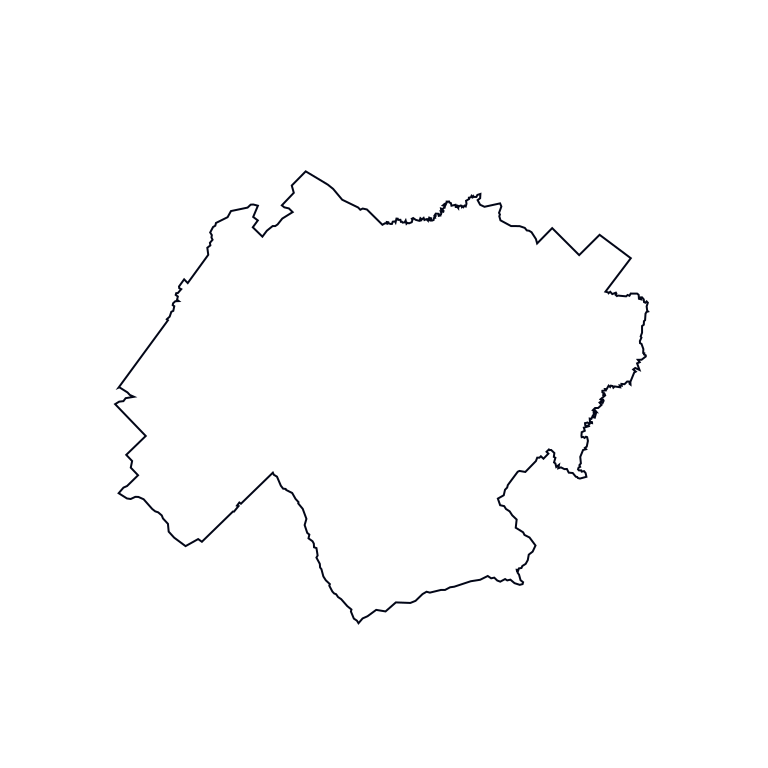 Southern Grampians, Victoria, Australia, rotated 127°
{"feature_id": "25037944B54836880156068", "entity_name": "Southern Grampians", "entity_type": "district", "adm_level": 2, "iso_a3": "AUS", "parent_name": "Australia", "parent_adm1": "Victoria", "projection": "natural_earth1", "projection_center": [141.808, -37.53], "detail": "fine", "context": "isolated", "style": "outline", "palette": "ink", "viewbox_px": 768, "rotation_deg": 127, "n_neighbors": 0, "source": "geoboundaries", "source_scale": "gbopen_adm2", "svg_char_len": 6154}
<svg xmlns="http://www.w3.org/2000/svg" viewBox="0 0 768 768"><g transform="rotate(127 384 384)"><path d="M590.4,260.4L584.1,260.0L579.4,257.4L569.1,254.3L564.7,245.9L551.3,243.1L543.0,231.2L538.2,228.3L528.6,226.8L524.3,225.0L523.0,221.8L514.1,214.5L511.7,211.3L506.6,208.9L503.6,205.9L489.3,196.0L482.5,189.4L474.9,185.6L474.7,181.5L472.3,179.4L472.8,175.3L471.9,172.2L466.9,169.9L466.7,167.4L464.2,165.3L464.5,159.9L462.7,154.7L460.4,152.9L458.6,153.6L458.5,156.9L455.0,161.4L454.3,163.8L452.6,164.5L453.3,165.3L452.5,166.2L451.6,164.8L450.1,165.3L448.2,163.5L446.1,164.0L442.4,162.6L438.1,163.2L433.1,165.7L428.4,164.4L421.8,165.8L419.0,175.4L420.0,181.0L418.7,183.6L419.5,192.3L412.4,196.5L411.7,202.6L410.1,207.0L410.4,211.4L409.2,214.5L410.9,218.3L407.0,224.1L400.8,221.4L395.6,223.7L392.6,223.3L390.2,224.3L373.6,224.4L371.9,223.5L369.2,218.2L354.1,216.3L350.6,217.3L349.3,215.5L347.3,215.2L347.7,211.7L340.7,210.8L340.3,213.4L337.1,212.9L337.3,212.2L336.1,210.8L336.6,206.4L340.0,204.5L339.8,202.7L344.3,201.0L344.3,199.3L346.6,196.5L343.3,195.6L346.4,194.1L344.1,192.5L343.4,188.7L341.8,186.8L343.6,183.1L341.5,179.7L342.6,175.0L342.0,173.7L342.4,172.6L341.6,170.6L336.3,166.5L333.8,169.4L333.2,171.8L335.0,173.4L334.3,174.5L335.7,176.3L335.4,177.7L333.6,178.3L332.1,177.5L331.2,179.1L328.9,179.0L324.1,183.4L316.9,185.3L314.5,183.4L314.1,185.1L312.0,184.4L306.7,186.9L304.2,189.8L304.6,191.0L306.4,191.4L306.4,193.1L307.5,194.1L306.6,195.1L303.5,197.1L300.5,195.5L298.6,198.1L294.5,195.1L294.3,196.0L295.6,196.8L295.8,198.5L294.3,199.9L292.2,198.2L292.3,195.8L290.9,196.2L290.0,194.3L289.3,194.9L290.0,196.9L287.8,198.9L287.0,197.4L283.6,198.2L283.4,197.3L284.4,196.4L284.0,195.4L280.0,197.0L281.7,198.3L280.4,199.6L279.7,199.7L278.5,197.4L278.0,199.5L279.1,200.0L279.3,201.4L276.2,201.0L274.2,198.5L269.8,197.7L269.1,200.7L267.4,200.1L267.5,198.0L265.2,198.5L264.7,199.4L266.0,200.5L266.0,201.9L260.0,200.5L259.3,201.7L260.7,201.5L260.9,202.3L259.2,202.9L259.2,204.6L258.0,205.5L255.7,203.1L255.0,204.4L254.1,203.1L250.1,203.6L250.3,201.6L248.8,201.8L248.0,200.1L248.9,198.6L247.1,198.3L244.5,193.4L243.3,195.0L242.3,193.1L241.0,194.4L239.4,191.8L235.7,191.3L234.4,189.5L236.1,187.9L236.1,186.8L234.1,188.5L224.2,191.1L222.6,190.4L222.4,193.7L220.0,193.0L219.0,188.4L215.2,194.3L212.7,192.9L211.9,195.8L209.6,192.9L204.5,191.5L203.6,192.2L203.9,194.1L202.8,194.6L203.2,195.7L200.0,197.9L197.0,202.5L197.3,204.1L195.7,205.5L192.0,206.3L191.6,207.6L187.7,208.8L182.4,212.8L180.3,212.2L177.4,214.2L175.9,213.9L170.4,217.5L168.4,217.7L167.2,216.8L167.0,218.0L163.9,221.0L160.3,222.2L160.0,224.0L161.8,224.2L162.1,225.6L160.1,227.5L159.5,230.1L160.6,231.4L161.7,229.7L162.5,231.7L159.6,234.2L159.4,236.1L163.3,241.4L165.8,241.1L166.3,243.0L168.3,243.4L172.6,250.4L173.6,250.9L173.4,252.7L171.9,252.9L171.5,253.8L174.8,255.8L174.2,258.8L176.3,259.3L175.9,260.0L177.0,262.7L135.0,262.6L135.1,301.6L163.6,305.7L158.3,343.5L179.6,346.3L176.8,349.9L174.0,357.5L174.3,360.4L175.4,362.4L174.6,365.5L176.3,370.7L181.4,377.6L183.2,389.5L180.6,392.9L178.9,393.4L178.1,395.1L171.6,397.1L169.9,400.0L182.0,410.4L183.0,415.1L180.8,419.9L177.8,419.0L174.2,421.4L176.8,423.2L179.0,422.8L180.5,424.8L180.2,425.8L181.5,425.6L181.1,427.3L182.6,426.9L184.1,428.3L185.1,427.4L188.0,428.6L187.7,429.3L190.4,426.6L193.0,425.6L193.1,427.0L194.9,427.0L194.7,427.9L195.9,428.2L195.0,429.5L195.5,430.4L196.8,430.8L197.1,432.0L198.8,430.7L198.1,433.3L200.0,432.7L197.9,434.8L201.0,437.4L199.3,439.4L199.7,441.0L199.1,441.8L200.6,443.7L201.4,443.0L203.4,443.8L203.4,442.7L204.4,442.5L204.7,444.1L205.9,444.4L205.4,443.0L206.4,442.1L206.2,441.1L207.1,442.2L209.0,442.3L209.6,444.1L210.3,443.4L210.0,440.6L210.8,440.3L212.0,442.6L213.1,441.0L214.4,440.5L215.7,441.4L215.9,440.7L216.7,441.4L215.2,442.8L216.8,445.2L219.2,445.0L218.9,444.0L219.8,444.3L220.5,443.2L221.5,444.0L223.2,443.1L224.6,444.0L225.1,444.8L224.3,445.4L225.6,445.5L225.9,446.7L223.7,447.1L223.9,448.0L225.1,447.5L226.0,448.3L227.1,447.4L226.9,449.4L228.7,450.4L227.5,452.3L229.8,452.8L229.7,454.7L231.5,454.1L231.6,453.3L232.4,453.9L233.8,457.4L233.9,460.6L235.3,461.2L235.7,460.1L238.1,459.2L240.6,460.7L241.2,462.3L242.5,462.5L240.4,465.1L242.5,464.8L243.9,466.3L243.6,467.3L244.3,468.1L243.0,469.7L244.4,471.4L243.7,472.5L244.4,473.6L248.0,472.0L247.5,473.1L249.1,474.7L251.4,474.0L252.2,475.0L252.9,477.1L252.2,477.9L252.9,479.2L254.1,478.1L254.8,479.8L257.8,481.1L254.9,502.7L256.7,506.6L259.1,507.8L258.6,510.9L262.0,528.3L258.8,542.0L258.6,548.8L261.3,574.5L281.0,577.1L285.6,571.1L302.8,573.1L302.9,569.9L301.0,565.6L301.7,560.4L313.1,564.8L320.6,565.0L323.3,565.9L324.9,568.0L332.1,569.8L339.5,569.8L337.8,583.1L329.3,583.2L329.3,589.0L317.5,592.0L319.3,596.4L321.0,598.4L325.2,599.1L338.0,610.3L344.9,609.3L356.5,615.1L359.1,614.0L361.5,615.0L367.6,614.0L368.7,611.1L370.8,610.0L372.0,607.7L376.0,608.0L377.8,606.1L381.5,607.1L386.6,602.1L421.5,601.5L420.7,606.6L429.5,606.4L430.7,605.2L430.3,603.0L435.5,603.4L436.5,604.6L438.2,604.0L438.2,601.3L441.2,600.0L441.3,597.8L443.5,600.5L446.5,601.0L448.2,600.2L448.1,598.3L452.4,596.3L454.3,597.3L459.2,595.7L463.0,596.4L463.1,594.9L546.6,593.8L545.9,593.4L545.1,583.8L545.7,580.4L544.7,576.0L550.8,581.8L554.5,581.8L557.5,584.9L561.9,586.6L568.9,543.0L595.7,547.2L597.1,538.8L603.2,535.9L604.9,525.5L620.1,527.8L623.5,529.7L630.9,530.2L630.1,520.4L628.3,517.1L623.8,514.7L622.0,512.2L620.7,506.6L623.3,493.9L623.4,490.1L622.4,487.1L622.7,482.4L624.4,479.6L625.7,472.4L631.5,467.1L633.0,459.1L632.9,444.9L619.7,439.1L619.6,434.5L576.8,427.9L576.2,427.0L569.1,426.7L569.6,428.2L565.7,428.2L565.7,426.2L521.7,419.4L522.8,417.4L522.4,413.7L527.3,405.2L528.3,401.6L527.0,399.4L527.5,398.3L526.3,391.7L529.0,385.5L529.8,381.2L531.0,380.6L532.6,373.8L538.4,364.8L544.4,362.5L549.1,355.7L549.2,353.0L552.7,351.4L552.6,346.5L553.7,344.0L556.5,341.6L555.7,339.2L560.9,333.8L563.3,333.5L566.3,327.0L569.0,324.6L569.5,322.6L574.2,316.6L575.8,312.3L576.4,306.8L578.0,306.3L580.8,300.4L581.3,297.8L580.7,295.7L581.8,292.5L581.6,288.7L583.5,279.6L583.7,274.3L585.6,273.5L589.5,266.9L589.3,263.2L590.4,260.4Z" fill="none" stroke="#020617" stroke-width="2"/></g></svg>